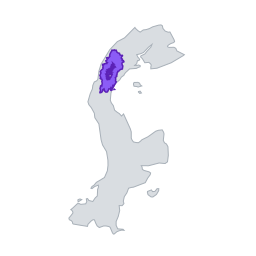 Chepo, Panama (highlighted), rotated 279°
{"feature_id": "35544464B69999703107277", "entity_name": "Chepo", "entity_type": "district", "adm_level": 2, "iso_a3": "PAN", "parent_name": "Panama", "parent_adm1": "", "projection": "orthographic", "projection_center": [-78.725, 9.102], "detail": "fine", "context": "in_parent", "style": "filled", "palette": "violet", "viewbox_px": 256, "rotation_deg": 279, "n_neighbors": 0, "source": "geoboundaries", "source_scale": "gbopen_adm2", "svg_char_len": 8369}
<svg xmlns="http://www.w3.org/2000/svg" viewBox="0 0 256 256"><g transform="rotate(279 128 128)"><path d="M228.4,119.1L227.7,119.6L225.7,122.5L224.6,125.0L227.2,127.7L228.0,130.5L229.5,133.5L231.8,136.6L234.4,142.2L235.0,144.5L234.3,146.0L231.8,146.9L229.5,149.6L228.9,152.8L229.4,154.4L222.5,159.6L220.7,160.5L219.5,159.7L218.1,157.1L216.3,155.0L215.3,154.3L214.8,154.2L214.3,154.7L214.0,155.9L214.9,160.7L214.2,162.7L211.8,164.2L209.2,172.2L208.1,171.2L199.2,160.5L191.6,147.3L190.0,141.3L192.0,141.0L193.9,141.1L194.9,140.2L196.1,138.4L195.1,134.4L198.8,131.3L200.2,129.3L201.3,129.5L203.7,133.0L207.2,135.0L211.6,138.0L214.3,138.6L210.9,135.5L205.0,131.5L203.3,128.8L201.8,125.1L199.5,126.7L198.4,128.1L197.3,128.9L196.2,128.0L196.0,126.8L192.6,126.5L191.7,125.4L190.8,124.8L191.2,127.1L191.9,128.6L191.5,130.3L190.4,130.4L189.4,128.6L188.2,127.0L186.6,120.3L182.6,117.1L180.9,116.1L179.4,115.7L177.2,113.5L174.3,112.3L170.4,109.0L165.6,106.6L159.7,105.7L152.6,106.2L150.2,107.6L148.5,109.3L147.8,110.0L143.5,112.0L141.9,114.8L140.9,117.1L138.8,119.8L141.2,121.4L127.4,130.5L124.7,131.8L118.5,132.8L117.0,133.7L115.1,135.5L114.9,138.3L115.1,140.6L116.9,142.4L118.5,143.5L122.4,149.0L129.2,155.9L130.5,158.4L131.5,162.1L129.4,163.8L127.8,164.5L121.3,164.8L119.1,166.3L118.2,168.5L115.7,170.4L107.3,172.1L100.8,172.3L98.7,170.2L98.3,164.2L93.9,154.1L92.9,147.0L91.8,147.9L89.4,148.7L88.6,150.4L88.0,155.6L87.1,157.4L85.3,157.2L81.6,155.3L76.7,153.6L70.4,142.6L69.8,140.5L68.6,138.0L63.7,137.0L59.6,135.1L55.0,134.8L52.7,135.8L50.4,134.4L50.0,131.4L45.2,132.7L39.1,132.2L33.7,130.9L30.0,131.5L26.8,133.6L27.2,139.0L26.3,140.1L26.2,137.9L25.1,135.3L23.8,133.2L21.1,130.9L21.0,130.1L22.1,129.0L27.1,125.9L27.7,124.6L27.8,121.8L27.4,119.2L25.2,115.2L26.5,112.8L29.1,110.9L31.7,109.4L32.2,108.8L31.7,107.5L30.2,106.0L26.6,103.5L24.5,103.4L24.5,96.4L24.6,88.9L25.2,88.2L26.5,87.8L27.6,86.6L28.2,84.4L29.8,83.7L32.6,85.4L35.5,86.9L36.7,86.5L37.6,85.7L38.2,85.0L38.4,84.3L40.7,86.3L45.4,89.9L45.7,91.6L45.2,93.3L46.5,98.1L48.9,98.8L51.4,97.9L52.0,98.8L51.5,99.6L50.3,100.6L49.9,104.7L53.9,106.6L56.0,108.3L62.7,107.6L65.2,108.1L66.9,107.6L65.0,104.3L62.5,101.9L62.7,100.8L64.6,101.6L66.1,103.3L69.4,105.3L75.4,112.5L82.4,114.3L87.9,114.1L93.1,113.2L101.3,110.5L107.3,105.5L112.1,103.3L127.5,98.6L132.9,93.7L135.2,93.0L137.4,92.4L142.3,88.6L144.9,85.7L147.6,84.3L155.8,85.3L161.0,86.7L164.7,86.6L168.2,87.5L169.7,89.7L171.3,90.6L179.9,90.4L186.9,91.4L202.4,97.7L211.6,103.9L216.5,110.5L228.4,119.1ZM72.9,167.9L70.9,168.1L66.8,166.5L63.8,163.4L63.6,162.4L63.6,161.4L65.3,158.2L67.5,157.2L68.4,157.2L70.5,160.8L69.0,162.2L69.6,164.5L72.6,166.2L72.9,167.9ZM172.5,133.4L171.7,135.0L170.0,131.5L170.3,130.6L170.2,127.4L171.8,126.6L173.0,126.5L174.0,127.0L174.6,130.7L174.1,132.4L172.5,133.4ZM50.4,91.7L50.0,93.5L47.2,90.3L48.9,89.8L49.5,89.9L50.4,91.7ZM166.3,134.2L164.7,135.8L164.0,134.2L165.2,132.6L165.6,132.6L166.3,134.2Z" fill="#d9dde1" stroke="#a8b0b8" stroke-width="1"/><path d="M200.5,106.7L201.2,105.2L202.8,104.3L202.5,104.0L203.1,102.7L202.4,102.2L202.7,101.2L202.0,100.4L202.3,100.0L198.5,98.7L197.0,98.5L196.0,98.9L194.2,97.8L194.6,97.6L194.0,95.9L192.6,96.7L191.3,96.3L190.9,95.6L189.7,96.3L189.5,97.2L189.0,96.7L188.4,97.0L187.8,94.7L186.9,94.3L187.2,93.4L186.9,93.0L186.3,92.9L185.4,93.7L183.7,93.7L183.5,94.0L182.5,93.9L180.7,92.4L179.2,91.8L178.2,92.7L175.5,92.0L173.7,93.2L172.8,92.7L172.1,93.7L172.2,94.3L171.1,95.1L170.1,94.8L168.0,95.6L165.5,95.5L165.8,94.9L165.2,94.3L163.7,94.4L162.9,94.1L160.8,95.0L158.9,94.6L158.4,94.9L159.1,96.4L161.0,97.3L161.9,97.1L162.9,98.2L160.8,99.2L160.0,100.4L160.2,101.7L160.7,102.2L163.7,103.0L163.8,104.4L164.2,104.5L163.7,104.7L163.9,105.2L163.6,105.4L163.7,105.0L163.1,104.9L162.9,105.8L162.9,105.1L162.5,105.2L162.7,105.9L162.4,105.8L163.1,106.2L162.8,105.9L164.2,106.4L165.2,105.9L165.0,106.6L167.1,107.5L167.3,107.2L166.2,106.5L167.2,107.0L167.2,106.7L167.4,106.6L167.3,106.4L167.5,106.4L167.2,107.0L167.7,107.2L167.3,107.5L171.4,109.1L171.9,109.1L172.4,108.3L174.6,108.2L175.9,107.6L177.1,108.8L177.9,108.8L178.3,108.3L179.3,108.8L180.7,108.6L181.3,109.1L182.3,109.0L182.7,110.0L184.6,111.3L185.4,113.2L188.5,113.2L189.0,112.6L190.7,111.9L192.1,112.2L192.5,113.5L192.9,113.6L193.9,112.9L194.2,111.4L195.2,111.6L196.0,110.4L197.1,110.5L198.5,111.3L198.9,111.0L198.6,110.3L199.0,108.6L200.5,107.9L200.5,106.7ZM177.3,103.5L177.2,104.3L177.2,103.5L177.0,103.4L175.5,103.2L175.0,102.8L175.2,102.5L173.6,102.4L173.4,102.0L173.6,101.8L173.1,101.8L173.0,101.5L173.6,101.7L173.9,102.2L174.2,102.0L174.2,101.7L173.9,101.9L173.7,101.4L173.9,101.0L173.2,101.0L173.3,100.1L172.9,99.8L173.3,99.6L173.6,100.0L173.4,99.5L173.6,99.5L173.5,99.4L173.4,99.2L173.5,99.1L173.8,99.3L173.7,100.1L174.1,99.2L174.5,99.2L174.4,99.9L174.8,99.5L175.1,99.7L174.9,99.3L175.0,98.8L175.2,99.6L175.4,99.0L175.8,99.3L175.4,99.8L175.8,99.5L175.9,99.8L175.9,100.0L176.0,100.2L175.8,100.4L175.8,100.5L176.1,100.5L176.3,99.1L175.3,98.9L175.4,98.5L176.6,98.4L176.4,98.2L176.5,97.8L176.6,98.3L177.7,98.3L177.4,97.9L177.7,97.6L178.0,98.3L178.8,98.2L179.1,97.7L179.0,98.3L179.4,98.5L180.2,98.0L180.1,98.5L181.4,98.3L180.9,98.5L181.0,98.9L181.7,98.5L181.5,99.1L183.2,98.9L182.4,99.3L182.8,99.2L183.0,99.6L182.3,99.6L182.0,100.5L181.6,100.7L182.5,101.0L182.6,101.6L182.8,101.2L183.3,100.8L183.2,101.4L183.8,101.1L184.1,101.6L186.1,101.9L186.0,101.7L186.5,101.0L186.1,101.7L187.3,101.8L186.8,102.3L187.4,102.4L187.2,103.0L187.6,102.5L188.4,102.5L188.9,103.8L189.2,103.0L189.7,102.8L189.1,103.6L189.7,103.9L189.1,103.7L188.8,104.4L188.8,104.0L188.6,103.8L188.6,103.6L188.5,104.5L188.4,103.6L188.1,103.7L187.9,103.6L187.8,104.1L187.6,104.2L187.8,104.0L187.4,103.9L187.6,103.7L187.3,103.6L187.2,103.7L187.0,105.4L186.5,105.8L186.5,105.2L186.1,105.3L186.4,103.6L185.9,104.1L185.4,103.5L185.3,104.1L184.9,103.9L185.2,104.3L185.0,104.5L184.8,104.0L184.4,104.1L184.8,103.8L184.5,103.6L185.0,103.5L184.5,103.4L184.8,103.2L184.6,102.2L183.8,103.9L183.2,103.7L183.7,103.1L183.2,103.4L183.1,101.9L183.7,101.4L183.3,101.5L182.8,101.4L182.8,101.8L183.1,101.7L183.2,101.8L182.7,102.0L182.8,103.0L182.4,102.8L182.2,103.3L182.3,102.1L181.9,101.9L181.8,102.8L181.4,103.2L180.8,103.1L181.3,102.9L181.1,102.1L181.4,101.9L181.0,101.9L180.7,101.4L181.3,101.7L181.1,101.4L182.5,101.6L182.0,101.3L182.2,101.1L181.6,101.2L181.0,100.8L181.8,100.4L181.9,99.7L180.6,99.6L180.0,99.2L178.1,98.9L177.0,99.7L176.4,99.3L176.7,99.7L176.2,100.0L176.7,100.1L176.6,100.4L178.3,100.6L177.7,100.8L177.7,101.1L178.0,101.1L178.3,101.2L178.2,101.3L178.3,101.4L178.6,100.7L179.2,100.7L178.7,101.6L179.4,101.5L179.6,101.8L178.8,101.6L179.0,102.2L179.7,102.4L180.0,102.8L180.2,102.7L180.4,102.8L179.8,103.1L179.5,102.4L178.7,102.3L178.8,103.1L179.0,103.1L179.2,103.4L178.8,103.2L178.6,103.6L178.2,103.0L178.4,103.4L178.0,103.5L177.8,102.9L177.7,103.7L177.3,103.5ZM188.6,104.4L188.7,104.5L188.6,104.4ZM187.5,104.1L187.4,104.1L187.5,104.1ZM174.1,100.6L174.1,101.7L176.0,101.4L175.3,101.2L175.4,100.8L175.2,101.1L174.1,100.6ZM174.2,99.5L173.9,100.1L174.2,99.9L174.1,100.3L173.4,100.4L173.7,100.6L173.8,100.4L174.2,100.6L174.4,100.4L174.7,100.5L174.2,99.5ZM188.0,103.1L187.4,103.2L187.4,103.3L188.0,103.3L188.2,103.6L188.3,103.4L188.0,103.2L188.0,103.1ZM182.4,99.3L181.8,99.2L181.8,99.3L182.4,99.3ZM164.2,108.3L163.9,108.2L164.0,108.6L164.2,108.3ZM188.6,103.2L188.1,103.1L188.6,103.4L188.6,103.2ZM178.2,101.3L177.9,101.2L178.0,101.5L178.2,101.3ZM181.2,99.5L181.1,99.4L181.0,99.5L181.2,99.5ZM176.5,100.4L176.4,100.2L176.3,100.4L176.5,100.4ZM176.6,99.2L176.4,99.1L176.6,99.2ZM178.8,102.2L178.7,102.0L178.8,102.2ZM175.0,100.3L174.9,100.3L175.0,100.4L175.0,100.3ZM177.7,101.1L177.5,100.9L177.6,101.1L177.7,101.1ZM175.9,99.8L175.7,99.9L175.8,100.0L175.9,99.8ZM176.0,102.8L175.9,102.9L176.0,102.8ZM178.4,101.7L178.3,101.8L178.4,101.7ZM177.7,100.7L177.6,100.8L177.7,100.7ZM187.7,102.8L187.7,102.7L187.6,102.8L187.7,102.8ZM174.8,100.5L174.7,100.3L174.7,100.5L174.8,100.5ZM175.0,99.9L174.8,99.9L174.8,100.0L175.0,99.9ZM174.8,100.2L174.7,100.1L174.8,100.2ZM178.9,102.0L178.7,101.9L178.8,102.0L178.9,102.0ZM174.7,99.9L174.8,99.8L174.7,99.9L174.7,99.9ZM187.8,103.5L187.7,103.4L187.8,103.6L187.8,103.5ZM173.9,100.8L174.0,100.6L173.9,100.6L173.9,100.8ZM174.8,100.1L174.7,100.0L174.8,100.1ZM177.4,100.7L177.2,100.6L177.4,100.7ZM188.5,103.5L188.5,103.4L188.5,103.5Z" fill="#8b5cf6" stroke="#5b21b6" stroke-width="1.5"/></g></svg>